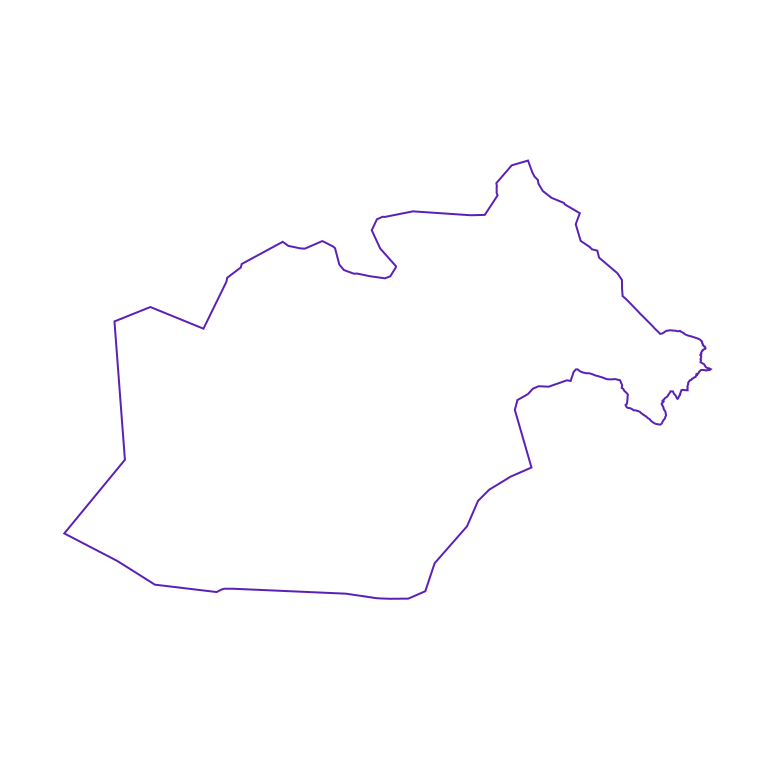 Atiba, Oyo, Nigeria (Natural Earth projection), rotated 267°
{"feature_id": "59680162B537197556674", "entity_name": "Atiba", "entity_type": "district", "adm_level": 2, "iso_a3": "NGA", "parent_name": "Nigeria", "parent_adm1": "Oyo", "projection": "natural_earth1", "projection_center": [3.938, 8.041], "detail": "fine", "context": "isolated", "style": "outline", "palette": "violet", "viewbox_px": 768, "rotation_deg": 267, "n_neighbors": 0, "source": "geoboundaries", "source_scale": "gbopen_adm2", "svg_char_len": 5793}
<svg xmlns="http://www.w3.org/2000/svg" viewBox="0 0 768 768"><g transform="rotate(267 384 384)"><path d="M185.0,206.0L187.3,211.1L187.9,213.8L187.5,222.0L176.6,335.0L170.6,364.7L170.0,369.7L169.2,378.7L168.4,397.0L174.9,414.4L202.4,425.2L237.6,459.5L262.4,471.8L273.0,483.6L284.1,504.2L284.7,505.1L292.9,526.9L351.3,513.3L358.5,515.6L360.9,516.3L366.4,527.2L371.5,532.4L373.7,538.3L372.7,548.3L378.1,566.8L377.3,570.6L381.2,572.0L382.7,572.8L385.6,573.7L386.7,574.6L388.5,576.3L388.5,578.0L386.4,580.5L385.2,583.0L384.2,586.2L383.9,589.9L382.8,592.8L381.6,595.1L380.5,598.6L379.0,602.7L377.7,605.3L377.6,606.2L377.1,607.1L376.7,610.6L376.8,615.2L376.0,617.8L375.8,618.1L375.6,619.7L374.3,620.4L372.7,620.8L371.8,621.3L370.6,621.7L369.6,621.7L368.6,621.4L367.6,621.2L366.6,622.7L365.8,623.1L365.0,623.3L364.2,623.9L363.7,624.5L362.5,625.7L361.4,626.5L360.4,627.0L358.4,626.5L357.1,626.5L353.4,625.9L352.1,625.7L351.6,625.4L351.2,625.2L350.4,624.1L350.2,624.1L348.4,625.0L347.8,625.6L347.2,626.9L347.1,628.1L346.5,629.5L345.7,630.7L344.6,632.1L344.6,633.4L344.4,634.4L343.9,635.3L343.6,636.6L342.7,638.2L341.9,638.8L340.7,640.3L339.3,641.9L338.0,643.9L336.0,645.8L335.7,646.5L335.1,647.3L332.9,649.0L330.7,651.8L329.8,653.8L329.0,657.4L329.1,658.0L329.7,659.0L330.7,659.7L332.6,660.7L333.7,661.6L334.7,662.6L335.6,663.0L336.3,663.1L336.8,663.4L337.8,664.0L338.4,664.0L339.3,663.8L340.5,663.7L341.9,663.5L342.9,662.9L343.6,662.3L344.5,662.1L345.1,661.8L345.5,661.9L346.1,661.8L346.7,661.7L347.0,661.5L347.6,661.0L348.3,660.9L349.0,660.3L349.3,660.2L349.8,660.3L350.1,660.4L350.3,660.7L350.5,661.0L350.7,661.3L350.9,661.4L351.0,661.4L351.2,661.2L351.3,661.2L351.3,661.4L351.4,661.5L351.5,661.6L351.6,661.8L351.8,661.6L352.0,661.6L352.1,661.8L352.0,662.2L352.2,662.4L352.4,662.3L352.6,662.2L352.7,661.8L353.0,661.5L353.2,661.8L353.6,662.5L354.7,663.4L355.2,663.9L356.4,665.9L357.3,666.8L357.9,667.2L358.3,667.3L358.5,667.4L359.1,668.0L360.4,669.0L361.0,669.5L361.6,669.6L361.7,670.1L361.6,670.5L361.6,671.3L361.5,671.9L361.5,672.1L361.4,672.2L359.6,672.8L359.2,673.0L358.5,673.5L357.6,674.3L357.0,674.7L355.6,675.2L354.4,675.9L353.8,676.2L353.8,676.3L353.9,676.5L354.0,676.6L354.4,677.1L355.2,677.5L355.7,677.6L355.9,677.7L356.3,677.9L356.9,678.5L357.5,679.0L357.8,679.1L358.2,679.0L358.4,679.1L358.8,679.3L359.0,679.4L359.2,679.6L359.8,679.6L360.7,680.0L360.9,680.2L362.1,680.7L362.4,680.8L362.4,681.3L362.5,681.8L362.4,683.1L362.1,684.4L362.0,685.9L361.8,686.2L361.8,686.6L361.8,686.9L362.0,686.9L362.5,686.9L363.0,686.8L363.3,686.9L363.7,686.8L363.8,686.8L364.0,686.9L364.4,687.1L364.8,687.0L365.0,686.9L365.9,686.9L367.7,687.7L368.4,687.9L369.2,687.7L369.5,687.9L369.8,688.2L370.3,688.6L371.1,689.1L371.5,689.4L371.7,689.9L371.9,690.4L372.0,690.7L372.1,691.1L372.7,691.7L372.9,691.9L373.1,691.9L373.2,692.4L373.5,692.7L373.6,692.9L373.6,693.2L373.8,693.6L374.1,693.9L374.5,694.3L374.6,694.9L374.6,695.3L374.7,695.5L374.8,695.6L375.4,695.8L375.6,695.9L376.0,696.2L376.3,696.6L376.4,697.0L376.6,697.0L376.8,696.9L377.0,696.9L377.1,696.6L377.3,696.4L377.5,696.4L377.7,696.7L377.8,697.0L377.8,697.4L377.7,697.9L377.8,698.1L378.5,698.7L378.7,698.8L378.8,698.9L379.1,699.1L379.3,699.1L379.7,699.3L379.9,699.5L380.1,699.9L380.6,700.4L380.9,700.6L381.1,700.8L381.3,701.2L381.4,701.7L381.4,702.5L381.2,704.2L381.0,704.8L381.0,705.0L380.9,705.5L381.0,705.7L381.0,705.9L380.9,706.1L380.7,706.3L380.6,706.5L380.7,707.3L380.8,707.7L381.0,708.1L380.9,709.1L381.0,710.0L381.3,710.6L381.5,710.8L381.7,711.1L382.4,710.0L382.5,709.6L382.6,709.1L383.2,707.6L383.4,707.1L383.8,706.6L384.4,706.1L385.0,705.7L386.8,704.8L387.2,704.5L387.4,704.2L387.7,703.6L388.4,702.5L388.7,702.1L389.2,701.2L389.9,701.3L390.1,701.4L390.3,701.5L390.8,701.7L391.2,701.7L391.4,701.6L391.5,701.7L391.9,701.4L392.4,701.5L392.7,701.5L392.8,701.6L392.9,701.8L393.2,701.9L394.2,702.2L394.4,702.1L395.0,702.2L395.3,702.2L395.6,702.2L395.8,701.9L395.9,702.0L396.1,702.0L396.6,701.6L396.9,702.0L397.0,702.2L397.3,702.2L397.5,702.4L397.7,702.2L398.0,702.4L398.7,702.4L399.1,702.7L399.5,702.8L399.8,703.0L400.2,703.2L400.4,703.5L400.7,703.7L400.6,703.9L400.7,704.0L400.8,704.1L401.4,704.4L401.4,704.7L401.6,704.8L401.9,705.3L402.1,705.9L402.1,706.2L402.2,706.4L402.3,706.7L402.5,706.9L402.8,706.9L403.0,706.9L403.3,706.9L403.5,706.8L403.7,706.7L403.9,706.5L404.2,706.5L404.3,706.3L404.5,706.3L404.5,706.1L404.5,705.9L404.7,705.7L404.8,705.7L405.1,705.2L405.3,705.2L405.6,705.1L405.8,705.1L406.2,704.8L406.4,704.4L406.6,704.5L407.0,704.6L407.4,704.4L407.9,703.9L408.7,703.8L409.2,703.9L409.6,703.9L410.0,703.7L410.5,703.0L411.0,702.5L411.3,702.4L412.0,701.6L413.0,699.7L415.3,693.8L415.9,692.0L416.6,689.8L417.8,687.3L419.2,685.9L420.0,684.6L420.7,683.3L421.6,682.3L421.3,681.3L421.4,679.5L422.1,677.5L422.2,675.5L422.7,672.7L422.3,668.7L421.6,667.4L420.6,666.0L419.8,664.1L419.6,662.4L421.7,660.6L425.2,657.3L427.7,655.3L430.5,652.8L432.8,650.7L436.2,647.7L437.8,646.3L440.3,643.9L442.6,642.0L453.2,632.8L456.5,629.8L459.3,626.9L466.9,626.7L475.4,627.1L482.5,622.8L498.9,605.4L506.0,604.0L507.6,598.8L510.0,596.7L516.6,587.9L533.5,583.8L544.3,588.5L553.9,573.9L555.3,573.3L561.1,561.1L568.4,552.7L576.0,548.7L579.6,548.4L583.2,545.2L587.3,543.3L599.6,539.5L595.7,523.0L578.7,506.7L575.5,507.1L574.9,506.8L568.8,506.5L566.4,507.3L547.6,493.5L548.0,479.3L554.9,421.9L550.8,393.6L551.1,391.4L548.9,385.6L538.2,379.8L519.5,387.3L501.0,402.1L499.8,401.9L491.2,395.9L489.5,390.4L492.4,375.4L495.7,363.0L495.7,359.8L496.1,358.8L499.9,349.9L505.7,345.6L522.2,342.2L524.0,340.3L529.5,330.8L529.9,329.7L523.3,312.0L523.9,307.2L527.0,295.6L531.3,290.3L511.3,248.2L507.9,247.1L498.3,233.0L494.4,232.0L448.7,206.6L473.1,154.7L460.6,118.1L321.9,121.3L251.5,56.9L221.1,108.6L195.6,144.7L185.0,206.0Z" fill="none" stroke="#5b21b6" stroke-width="2"/></g></svg>